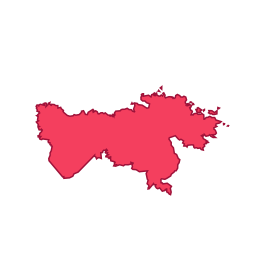 Portobelo, Colón, Panama, rotated 48°
{"feature_id": "35544464B89301673090177", "entity_name": "Portobelo", "entity_type": "district", "adm_level": 2, "iso_a3": "PAN", "parent_name": "Panama", "parent_adm1": "Colón", "projection": "robinson", "projection_center": [-79.633, 9.507], "detail": "fine", "context": "isolated", "style": "filled", "palette": "rose", "viewbox_px": 256, "rotation_deg": 48, "n_neighbors": 0, "source": "geoboundaries", "source_scale": "gbopen_adm2", "svg_char_len": 5837}
<svg xmlns="http://www.w3.org/2000/svg" viewBox="0 0 256 256"><g transform="rotate(48 128 128)"><path d="M191.1,87.8L193.0,88.0L194.8,86.8L192.8,85.7L192.8,83.1L191.1,82.5L191.7,80.2L191.2,79.9L191.0,79.1L189.0,78.3L186.3,79.2L184.5,78.3L182.9,78.6L183.1,77.3L184.3,76.9L183.6,75.6L186.3,75.6L187.6,73.2L187.7,71.8L189.5,72.0L192.0,71.1L193.6,69.3L189.3,70.0L191.2,67.5L190.9,65.7L188.1,64.6L186.4,64.9L185.3,64.0L186.3,60.9L184.8,61.2L183.9,59.7L185.6,56.5L185.6,54.5L180.9,57.3L178.2,56.6L176.1,59.0L175.0,58.9L173.8,59.8L173.7,61.2L172.5,62.9L172.7,65.0L172.3,65.6L168.9,62.9L166.6,63.5L166.5,64.7L164.7,66.9L163.3,66.9L162.0,68.5L161.5,69.5L161.9,70.7L160.4,72.3L159.0,69.3L157.7,68.9L156.9,69.5L153.6,68.3L154.9,68.4L153.8,65.7L151.3,66.8L150.8,66.4L151.2,67.6L152.5,67.5L150.9,68.2L151.0,69.1L150.1,68.8L149.9,69.3L149.5,68.7L147.7,68.6L146.7,67.6L146.3,65.7L143.7,64.4L141.8,65.2L141.6,66.7L140.3,68.0L138.5,67.9L136.1,68.9L135.8,70.8L137.1,72.6L136.8,74.1L133.9,75.1L132.2,76.5L130.6,80.0L129.2,79.7L128.4,78.5L125.8,77.9L125.6,78.9L126.6,79.0L127.3,80.9L125.7,81.2L125.8,82.8L124.7,83.9L122.8,84.4L121.5,83.6L122.4,85.8L121.4,86.8L119.6,86.8L119.1,88.1L120.2,90.1L117.4,90.8L114.7,95.2L112.9,93.6L112.1,94.6L112.3,95.9L113.5,96.0L113.7,97.7L115.6,99.3L117.8,99.0L119.2,97.4L121.6,97.3L124.5,95.8L126.8,99.1L125.9,100.7L120.5,102.2L117.6,104.7L115.9,104.7L113.8,106.4L116.1,108.1L117.7,111.3L118.8,111.5L119.3,112.4L119.9,112.1L120.8,112.0L118.7,113.4L116.6,113.3L115.0,114.9L112.8,115.4L111.9,117.9L110.4,119.6L109.8,120.8L110.0,122.3L107.3,125.8L107.7,127.8L109.6,129.1L109.9,131.0L109.3,131.7L108.2,131.4L107.9,132.3L107.2,133.1L106.9,133.2L107.1,134.0L106.7,132.5L105.1,134.2L101.5,134.8L101.3,136.3L99.5,136.8L98.5,138.1L98.2,140.0L97.4,140.7L95.5,140.0L93.6,140.5L93.0,143.3L92.2,142.9L92.0,141.7L90.7,141.6L89.7,147.1L90.9,149.2L89.4,150.5L85.4,149.5L84.4,151.3L85.2,152.0L85.4,155.3L83.6,158.1L82.0,159.1L82.2,160.6L80.4,163.3L78.1,164.7L73.9,165.3L72.3,165.2L71.7,164.2L69.1,164.7L67.6,164.2L66.3,166.7L64.4,165.2L63.0,166.7L61.1,167.2L59.3,169.0L60.1,170.4L59.0,169.6L57.6,170.5L56.8,169.1L56.4,170.4L57.1,172.1L57.2,174.5L55.1,172.1L54.1,172.7L53.6,173.7L54.3,174.3L53.7,174.7L55.0,175.1L51.7,177.3L51.3,178.7L51.8,179.5L50.6,179.6L50.0,180.4L50.5,181.8L51.5,181.7L51.9,182.8L53.7,183.2L54.7,184.4L56.4,183.2L57.0,183.9L57.7,183.7L57.7,186.3L58.6,186.7L57.9,187.5L59.5,187.4L61.6,190.0L62.8,189.7L62.2,192.1L65.3,192.3L66.3,193.6L67.5,192.9L67.3,194.3L69.9,195.3L71.2,194.0L70.9,193.2L72.2,193.1L72.9,194.9L72.9,196.8L74.2,199.1L73.6,200.1L74.2,200.5L74.6,199.4L75.0,200.2L76.0,198.7L76.4,200.6L77.5,200.9L78.9,199.9L78.9,198.8L83.7,194.8L84.6,196.4L85.7,196.9L86.7,195.9L88.1,197.0L88.8,196.4L89.7,197.1L90.8,196.6L93.5,200.2L94.4,202.6L96.1,204.0L97.7,207.3L99.5,208.6L120.7,209.3L121.2,208.3L122.5,209.3L125.9,204.8L126.9,201.3L125.9,198.8L127.4,194.6L125.9,171.1L126.6,171.8L127.9,171.3L129.9,172.0L129.9,170.6L130.8,169.2L132.8,168.2L128.2,164.8L129.2,163.3L128.4,162.3L128.3,160.8L129.5,159.7L129.3,158.3L130.8,158.3L130.8,159.6L130.2,160.1L131.1,161.3L131.7,161.3L132.7,159.8L133.3,161.0L134.7,160.5L134.0,163.0L134.5,163.7L137.3,161.6L138.0,159.5L138.0,162.4L139.0,161.4L140.9,162.7L144.2,160.5L144.9,160.7L144.9,161.6L145.7,161.9L146.6,164.0L148.3,162.5L147.3,161.5L147.7,161.0L148.9,160.9L149.7,158.8L153.1,156.6L153.1,155.0L155.5,152.4L156.9,149.7L155.5,148.8L157.5,147.7L158.2,149.7L159.7,150.6L160.5,152.3L162.0,152.1L164.5,149.8L168.1,148.8L172.9,142.2L174.0,145.0L179.0,147.9L180.3,148.0L182.2,151.1L184.2,150.9L185.6,151.6L185.7,152.7L186.7,153.9L187.3,152.9L186.4,146.2L187.7,146.6L188.8,145.3L189.7,146.8L191.8,147.0L193.1,146.5L193.7,144.6L197.9,144.8L199.0,142.7L198.7,141.4L199.2,140.1L200.1,140.7L200.0,141.3L202.1,142.0L202.9,141.3L204.6,141.6L206.0,141.0L204.5,138.8L201.1,136.9L200.4,134.7L195.3,135.8L192.9,139.4L191.9,139.2L190.8,140.1L188.2,137.9L188.2,137.1L190.8,134.9L191.4,132.8L192.2,128.3L191.3,126.7L191.6,123.3L191.1,122.1L192.0,120.8L191.1,118.0L188.5,115.5L188.0,113.3L186.2,110.7L184.2,111.0L180.2,109.6L177.8,110.5L173.1,107.5L169.7,107.4L167.6,105.5L163.6,105.0L162.9,103.8L165.4,98.0L170.1,98.0L171.5,97.6L171.8,96.2L174.8,95.3L175.7,97.4L177.6,96.8L178.7,98.6L180.4,96.8L181.6,96.8L180.8,95.1L183.2,91.8L184.5,90.8L186.3,91.9L187.4,91.9L188.6,90.1L189.8,89.8L191.1,87.8ZM177.0,52.5L174.7,50.3L174.4,53.4L171.2,54.1L169.2,56.3L170.4,56.8L170.6,58.0L172.5,57.5L173.2,56.3L174.5,56.1L175.6,55.0L177.0,52.5ZM164.0,61.2L159.7,62.3L159.5,63.2L160.7,64.4L159.8,65.2L162.0,66.0L164.0,65.0L165.0,63.4L163.6,63.0L164.0,61.2ZM192.4,77.9L189.4,78.2L191.9,78.5L191.5,78.9L191.8,79.3L192.4,77.9ZM121.9,85.7L120.4,84.6L119.7,84.9L120.0,85.9L121.4,86.4L121.9,85.7ZM121.7,77.0L119.9,75.3L119.8,77.2L121.7,77.0ZM173.7,48.4L174.4,47.8L174.4,46.7L172.9,47.5L173.7,48.4ZM109.4,129.0L108.1,128.2L108.5,129.6L109.6,130.1L109.4,129.0ZM154.5,63.4L153.6,63.1L153.1,64.0L153.9,64.3L154.5,63.4ZM189.4,53.4L188.6,54.0L189.5,54.7L189.8,54.0L189.4,53.4ZM121.9,80.1L120.5,80.0L120.8,80.9L121.9,80.1ZM113.1,108.8L112.0,108.4L112.4,109.5L113.1,108.8ZM165.4,58.8L165.2,59.8L165.9,60.3L165.9,59.2L165.4,58.8ZM109.4,130.7L108.4,130.0L108.4,130.6L109.4,130.7ZM150.2,67.4L149.3,67.2L150.0,67.8L150.2,67.4ZM193.1,52.7L193.7,52.3L193.5,51.7L193.1,51.9L193.1,52.7ZM109.1,131.4L109.7,130.3L109.3,131.0L108.5,130.9L109.1,131.4ZM191.3,78.9L191.3,79.8L191.8,79.9L191.7,79.6L191.3,78.9ZM107.4,132.2L108.2,131.3L108.1,131.2L107.4,132.2ZM119.6,85.8L119.6,86.4L120.2,86.5L120.2,86.3L119.6,85.8ZM113.5,107.8L113.0,107.8L112.8,108.2L113.3,108.3L113.5,107.8ZM151.3,63.6L150.9,63.7L150.6,64.0L151.0,64.3L151.3,63.6ZM134.8,74.2L134.4,74.5L135.1,74.6L134.8,74.2ZM135.8,74.0L135.4,74.0L135.2,74.1L135.4,74.3L135.8,74.0ZM107.2,133.1L107.5,132.5L106.9,132.9L107.2,133.1Z" fill="#f43f5e" stroke="#9f1239" stroke-width="1.5"/></g></svg>